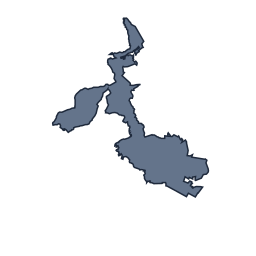 Poian, Covasna, Romania, rotated 327°
{"feature_id": "2599482B85588216220472", "entity_name": "Poian", "entity_type": "district", "adm_level": 2, "iso_a3": "ROU", "parent_name": "Romania", "parent_adm1": "Covasna", "projection": "robinson", "projection_center": [26.168, 46.118], "detail": "fine", "context": "isolated", "style": "filled", "palette": "slate", "viewbox_px": 256, "rotation_deg": 327, "n_neighbors": 0, "source": "geoboundaries", "source_scale": "gbopen_adm2", "svg_char_len": 5865}
<svg xmlns="http://www.w3.org/2000/svg" viewBox="0 0 256 256"><g transform="rotate(327 128 128)"><path d="M171.1,208.7L172.1,207.8L173.0,205.9L174.4,199.7L176.6,198.0L175.9,196.1L175.6,196.2L165.5,187.1L167.5,185.5L164.9,185.3L162.6,183.4L166.2,179.6L169.1,171.9L169.5,171.7L169.6,169.4L165.5,169.3L166.6,168.7L166.4,168.1L166.5,167.9L167.4,167.6L167.3,166.1L165.7,166.3L166.1,162.3L165.0,162.5L162.8,158.7L160.3,159.2L158.5,157.7L159.4,157.6L159.1,154.0L158.1,154.6L157.1,156.7L154.6,154.6L153.1,156.7L150.2,154.8L149.6,153.8L148.7,153.1L148.6,152.3L147.4,150.9L147.1,149.7L146.1,148.0L144.5,147.2L144.5,146.7L137.3,144.8L137.3,144.0L137.5,142.9L139.1,141.2L139.4,139.2L140.2,136.9L142.0,136.0L142.4,134.5L142.5,133.8L141.8,133.2L141.9,131.7L139.4,129.7L140.2,128.3L139.6,126.0L140.5,124.8L140.3,123.7L139.6,122.7L141.2,122.0L141.5,120.3L140.9,118.5L141.9,117.7L142.1,116.8L143.6,116.0L143.7,115.4L143.2,114.2L143.7,112.8L143.2,111.3L143.6,108.2L144.0,107.4L143.8,105.7L145.3,104.5L146.4,104.3L147.8,105.4L149.5,103.9L149.9,102.6L149.8,100.9L150.1,99.1L151.7,98.3L153.3,99.6L153.7,99.6L153.7,98.9L154.2,98.2L158.9,98.5L159.0,98.1L159.5,97.9L162.2,98.2L158.8,96.3L155.5,95.1L153.1,93.3L154.0,92.2L154.2,91.1L151.5,80.9L155.2,79.5L154.5,78.4L155.5,76.9L156.6,74.2L157.5,73.7L158.1,74.7L161.2,76.4L168.4,77.9L168.9,78.3L169.5,80.0L170.6,79.1L171.1,78.2L170.9,76.2L169.5,76.4L169.1,73.9L170.1,73.6L170.3,72.7L169.8,72.3L170.3,71.7L170.7,72.0L171.2,71.6L172.2,69.8L170.8,69.9L169.8,68.0L168.6,67.3L167.6,67.4L167.7,66.7L167.0,66.1L164.5,66.5L163.0,68.3L161.9,67.9L162.5,67.3L162.0,67.0L162.6,66.4L161.1,65.6L160.6,66.0L160.1,65.7L160.4,64.7L165.0,66.0L168.9,65.5L170.8,66.2L171.7,66.1L173.1,67.0L174.0,66.5L174.7,66.6L174.8,66.2L178.1,66.3L181.2,65.5L181.1,66.9L178.2,67.0L176.4,66.6L176.1,67.0L175.2,67.1L175.0,68.5L174.5,68.8L174.8,69.0L174.6,69.6L174.9,70.1L174.5,70.5L174.1,70.7L174.3,71.1L176.2,70.0L178.9,70.0L179.2,69.7L179.1,68.9L183.5,68.4L184.6,68.7L184.7,66.8L185.0,66.5L185.3,65.0L188.4,63.9L189.3,46.8L187.2,43.0L187.5,40.7L187.1,39.8L187.0,36.8L186.6,35.1L184.0,33.5L183.7,33.6L183.3,34.4L184.0,34.7L184.1,35.2L183.6,35.7L183.3,35.3L183.0,35.7L183.0,36.1L182.3,36.4L182.5,36.7L181.9,37.0L182.1,37.2L181.4,37.6L181.7,38.5L181.1,39.4L181.7,39.8L181.2,40.7L181.3,41.3L180.7,42.0L181.2,42.4L181.2,43.2L180.6,44.8L181.1,45.7L179.6,48.2L179.0,50.2L179.0,51.1L176.9,53.8L176.8,55.0L176.2,55.5L175.3,57.9L175.4,58.4L174.4,59.5L175.0,59.9L174.9,60.4L172.8,62.6L170.9,62.0L168.5,62.1L167.3,62.5L165.9,61.7L164.8,61.9L163.9,61.5L162.4,59.8L159.2,59.3L157.5,57.7L156.6,57.7L155.7,57.1L155.7,56.3L154.8,56.1L152.6,56.3L155.7,58.3L155.2,60.6L156.1,62.7L152.4,61.6L151.7,59.9L150.9,60.2L150.4,59.6L149.7,59.8L149.0,59.4L147.9,60.1L146.6,62.0L146.8,62.4L145.9,63.8L146.4,65.2L146.6,67.7L146.4,70.7L145.7,72.8L146.5,74.7L146.0,76.0L143.2,79.0L143.2,82.2L142.8,82.8L136.1,82.4L134.8,81.3L134.8,80.4L134.4,80.0L133.3,79.4L131.3,80.0L129.9,79.8L127.4,78.1L125.3,77.7L121.3,75.1L119.5,75.0L116.9,73.9L115.6,73.9L114.3,71.7L113.2,71.0L110.2,70.9L109.0,70.4L103.3,71.4L101.4,72.2L99.7,73.7L99.0,75.6L96.2,79.9L95.3,80.8L95.1,81.5L94.4,81.6L94.2,82.1L91.8,80.9L89.6,80.7L87.3,79.8L81.2,78.8L79.3,77.4L77.7,77.4L74.3,79.3L73.4,80.5L69.6,82.4L68.0,82.5L67.2,83.3L66.7,84.8L68.9,85.6L70.4,86.7L72.1,86.6L73.0,87.7L72.6,89.5L71.4,90.5L72.4,93.0L72.3,94.1L72.9,95.1L73.6,95.3L74.0,94.9L73.7,93.9L74.3,94.1L75.1,95.8L75.5,99.1L78.0,99.0L78.8,99.3L79.9,98.8L80.6,99.4L81.9,99.2L82.6,98.2L84.4,98.5L88.1,100.1L88.9,100.1L90.9,101.1L94.0,101.9L95.6,102.9L97.5,103.3L99.8,102.0L102.4,101.8L102.7,101.1L106.8,99.7L109.4,98.2L112.6,95.1L115.0,93.3L114.8,91.2L117.0,90.3L121.1,89.4L122.5,88.1L123.6,87.8L126.2,85.1L131.0,84.8L132.5,84.1L132.3,84.4L133.0,86.4L132.6,89.2L130.7,89.8L127.1,89.8L126.2,91.1L126.0,92.4L124.4,95.8L124.2,98.0L119.8,100.6L118.4,101.0L118.1,101.7L118.2,102.4L117.5,103.0L119.2,104.4L120.1,105.9L123.1,106.6L125.5,107.9L127.2,109.8L127.7,111.9L128.0,112.4L129.4,113.5L129.7,114.4L130.5,114.6L131.3,115.7L131.3,116.6L130.9,117.5L127.4,119.4L127.6,120.5L128.3,121.2L128.7,122.3L130.9,122.6L130.3,123.6L129.4,126.4L130.4,127.4L129.8,128.7L128.9,129.1L127.3,131.1L127.2,131.4L127.5,131.5L127.0,131.8L126.6,132.8L127.1,133.0L126.4,133.3L126.2,135.3L127.0,135.4L126.6,136.4L125.5,136.8L124.3,136.4L123.6,136.7L122.5,136.5L119.0,135.6L118.4,134.9L116.3,134.3L113.6,134.3L112.9,134.8L112.5,134.5L111.6,134.9L111.2,134.4L109.4,134.3L109.0,134.4L109.1,134.8L108.5,134.8L108.6,135.4L107.7,135.3L107.1,136.0L109.6,137.2L108.2,137.8L109.7,138.4L109.5,139.6L108.4,140.0L108.0,140.6L107.4,140.1L106.4,140.0L105.8,140.4L106.1,141.5L107.1,142.4L107.3,143.1L106.6,143.7L106.9,145.2L105.6,145.0L105.1,146.1L106.3,146.6L108.2,146.0L108.2,146.4L108.2,147.6L107.6,148.5L105.8,150.1L106.7,151.4L108.5,149.8L110.9,150.9L111.9,153.5L111.8,154.6L112.1,155.5L110.8,157.0L110.6,157.9L111.7,159.2L111.7,159.6L112.3,160.0L112.5,161.4L111.8,163.3L111.9,164.5L114.8,168.2L115.1,168.9L115.1,169.7L116.2,169.9L117.7,171.1L118.1,171.8L117.6,172.4L118.4,172.6L118.5,173.1L119.1,172.8L119.1,173.2L117.9,174.0L117.8,175.4L116.8,176.0L115.8,176.0L115.4,176.5L115.5,177.4L114.3,179.4L114.2,181.9L114.6,183.0L113.9,184.0L115.6,183.4L115.9,183.9L117.5,184.2L117.7,184.6L117.0,185.0L117.2,185.4L116.8,185.6L116.8,185.8L118.4,187.1L119.3,188.7L126.3,193.0L126.9,193.0L127.1,192.5L129.8,194.2L129.5,195.4L128.3,197.2L129.2,198.1L139.2,216.6L139.6,217.4L143.1,215.6L146.9,222.5L151.1,220.5L151.3,220.8L158.4,218.2L156.9,216.7L153.3,214.2L150.5,213.6L149.7,213.8L149.3,212.8L150.2,212.3L148.9,210.4L150.5,209.4L150.8,209.7L151.9,209.4L151.6,208.1L152.1,207.8L151.0,206.1L148.3,206.8L145.6,203.0L149.3,200.0L151.1,203.8L152.5,202.8L154.5,206.0L155.5,204.4L158.2,205.5L156.5,207.3L155.9,208.6L156.1,208.8L162.2,210.0L165.8,208.1L168.7,209.4L171.1,208.7Z" fill="#64748b" stroke="#1e293b" stroke-width="1.5"/></g></svg>